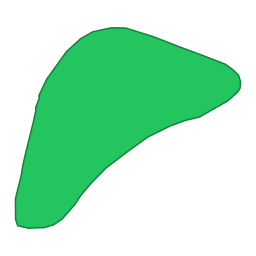 outline of Satawal, Federated States of Micronesia
{"feature_id": "79324940B29452408429398", "entity_name": "Satawal", "entity_type": "district", "adm_level": 2, "iso_a3": "FSM", "parent_name": "Federated States of Micronesia", "parent_adm1": "", "projection": "robinson", "projection_center": [147.031, 7.38], "detail": "fine", "context": "isolated", "style": "filled", "palette": "green", "viewbox_px": 256, "rotation_deg": 0, "n_neighbors": 0, "source": "geoboundaries", "source_scale": "gbopen_adm2", "svg_char_len": 606}
<svg xmlns="http://www.w3.org/2000/svg" viewBox="0 0 256 256"><path d="M106.0,168.0L127.5,151.6L148.0,136.9L170.1,126.0L185.1,120.5L199.5,117.0L227.7,100.9L237.8,92.0L240.1,88.0L240.6,81.9L238.6,75.3L233.0,69.8L225.4,64.3L203.3,55.7L177.7,46.2L153.4,36.7L125.5,28.0L111.3,27.8L92.7,31.8L80.6,38.7L66.4,51.7L55.5,66.9L46.8,79.0L39.0,95.4L39.0,98.9L35.7,107.5L35.7,111.3L33.2,122.6L25.0,155.7L22.9,165.1L21.2,175.6L16.5,194.3L15.4,199.0L15.6,219.6L17.7,225.7L28.3,228.2L44.3,227.6L53.6,224.8L61.9,219.3L75.0,204.3L80.7,195.6L91.1,183.2L106.0,168.0Z" fill="#22c55e" stroke="#15803d" stroke-width="1.5"/></svg>